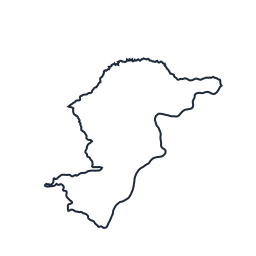 Morada Nova de Minas, Minas Gerais, Brazil, rotated 47°
{"feature_id": "56859067B74316667672394", "entity_name": "Morada Nova de Minas", "entity_type": "district", "adm_level": 2, "iso_a3": "BRA", "parent_name": "Brazil", "parent_adm1": "Minas Gerais", "projection": "natural_earth1", "projection_center": [-45.395, -18.563], "detail": "fine", "context": "isolated", "style": "outline", "palette": "slate", "viewbox_px": 256, "rotation_deg": 47, "n_neighbors": 0, "source": "geoboundaries", "source_scale": "gbopen_adm2", "svg_char_len": 5845}
<svg xmlns="http://www.w3.org/2000/svg" viewBox="0 0 256 256"><g transform="rotate(47 128 128)"><path d="M180.4,216.8L180.9,216.0L181.2,215.2L181.8,214.6L182.9,214.3L184.3,214.0L185.1,213.2L185.7,212.2L185.9,211.4L184.9,208.3L184.4,207.5L183.0,203.5L181.1,199.4L180.7,198.1L178.4,195.2L177.6,193.5L176.6,190.3L176.4,189.4L176.4,186.3L176.6,184.9L176.8,184.1L177.9,182.4L179.0,178.3L179.4,176.1L179.5,175.0L178.7,172.0L178.4,171.1L176.4,166.6L174.4,163.6L171.3,159.7L169.5,157.7L168.9,156.8L168.2,155.5L167.1,153.2L166.8,152.2L166.0,148.5L166.0,147.4L166.2,145.4L166.5,144.5L166.8,143.2L167.1,140.2L167.7,138.1L168.0,136.8L167.3,133.8L167.2,131.4L167.4,130.1L167.9,128.9L168.7,127.2L171.1,123.9L171.7,122.9L172.2,121.7L172.1,118.8L171.9,117.9L171.3,117.1L170.6,116.3L169.7,115.9L168.7,115.8L166.1,116.5L164.2,116.3L163.5,115.9L162.9,115.4L162.3,114.7L161.8,114.2L160.2,113.0L158.4,111.9L157.7,111.3L156.3,110.0L155.6,109.1L154.8,108.2L153.9,107.6L151.8,106.7L150.8,106.4L149.0,105.6L146.4,105.4L145.5,105.3L144.8,105.0L143.8,104.4L143.0,104.1L140.4,102.8L139.3,101.5L138.2,99.2L138.3,96.7L138.6,95.6L140.1,94.2L141.4,93.2L144.9,90.9L145.9,90.1L147.2,89.4L148.6,88.6L150.1,87.2L150.8,86.3L151.8,85.6L152.7,84.7L153.2,83.8L153.5,83.0L153.5,81.8L153.4,80.5L153.2,79.4L153.1,77.9L153.1,76.4L153.3,75.2L153.6,73.8L155.8,70.4L156.9,68.6L157.0,67.8L157.0,66.8L156.7,66.0L155.7,64.7L154.1,63.6L152.5,62.3L152.2,61.5L151.6,59.7L151.2,58.7L150.6,57.9L149.8,57.1L149.2,56.0L149.3,54.7L150.2,52.7L150.7,52.1L151.5,51.3L153.1,50.1L153.6,49.2L154.6,47.0L155.5,45.5L156.8,44.5L158.3,43.8L159.0,43.7L160.0,43.2L161.8,42.1L162.3,40.7L162.4,38.6L162.3,37.8L162.0,36.5L160.7,32.5L160.9,30.8L159.4,30.5L157.4,29.3L156.4,28.3L155.3,27.9L154.4,28.7L153.5,28.8L151.7,29.4L151.0,29.8L150.3,30.5L149.4,30.5L148.6,30.9L148.1,32.6L147.6,33.5L146.6,33.9L146.2,34.9L145.7,35.4L145.0,35.8L144.4,36.6L144.0,37.6L143.6,38.5L143.0,39.6L142.5,41.7L141.9,42.2L141.2,42.8L140.2,43.3L139.2,43.7L138.2,44.7L137.7,45.7L136.9,48.3L135.4,50.3L134.6,50.7L132.8,51.2L132.0,51.5L131.2,51.9L130.4,52.6L129.5,54.6L128.9,55.3L128.2,55.8L127.6,56.5L127.4,57.8L126.5,58.7L123.7,58.7L122.8,59.0L121.7,59.0L120.5,58.2L119.5,58.5L117.9,59.3L117.1,60.0L116.1,59.5L114.9,59.4L113.1,58.9L111.0,59.0L109.3,58.5L108.2,58.6L107.2,58.5L106.8,57.4L106.1,57.3L105.2,58.1L104.2,58.2L103.3,58.1L102.3,58.4L101.6,58.9L101.6,60.2L100.8,61.0L99.9,61.2L98.9,60.8L98.4,61.7L98.3,62.8L97.8,63.4L96.8,63.8L96.0,64.7L95.1,64.9L94.3,65.3L93.3,66.2L92.1,65.8L91.0,66.3L90.6,67.5L88.7,68.7L87.7,69.1L87.6,70.4L87.0,71.1L87.0,73.3L85.9,73.6L84.7,73.7L84.5,74.9L84.3,76.1L83.7,76.6L82.8,76.5L83.0,77.7L82.6,78.9L81.5,79.0L80.7,78.2L80.6,79.4L79.8,79.4L78.9,79.9L79.8,80.7L79.3,81.6L78.1,81.8L77.2,82.0L78.2,83.2L78.0,84.6L77.5,85.4L76.7,85.8L76.1,86.5L75.4,86.9L74.6,86.9L73.7,87.6L73.5,88.5L73.1,89.3L72.8,90.3L73.8,90.2L74.0,91.5L75.1,92.1L73.2,93.1L73.3,94.1L72.3,94.2L71.5,93.9L71.6,94.9L71.0,95.9L70.8,97.2L71.5,98.0L71.2,99.0L70.2,100.3L71.2,100.6L71.8,100.9L72.1,101.9L71.3,102.8L71.3,104.2L71.2,105.0L70.4,105.1L70.1,106.0L70.1,107.0L71.2,107.9L71.6,109.1L72.3,109.6L72.3,110.7L72.8,111.6L72.6,114.2L73.3,115.1L74.3,115.8L75.0,116.2L75.7,116.9L75.2,118.1L75.6,119.7L76.1,121.1L76.3,122.4L76.6,123.4L76.0,124.1L75.8,125.3L76.1,126.8L76.1,127.9L76.3,128.8L76.9,129.7L77.2,130.6L76.9,131.3L75.6,132.9L75.4,133.7L75.4,135.0L75.0,135.7L74.2,136.6L73.4,137.7L72.9,138.7L72.9,140.0L72.3,141.0L72.6,142.0L73.2,142.7L74.1,143.1L74.7,143.8L74.5,144.9L74.0,145.6L73.2,146.3L72.7,147.0L72.6,148.2L72.9,149.3L72.5,150.2L72.3,151.0L72.1,153.3L71.8,154.3L71.8,155.1L71.6,156.9L72.8,156.4L73.6,155.7L75.4,154.7L76.3,154.5L76.9,155.5L77.7,156.1L78.9,157.1L79.8,157.6L81.6,158.1L82.7,157.5L83.9,157.6L84.8,157.1L85.8,157.2L86.6,157.7L87.3,157.7L89.0,158.0L89.7,158.4L89.8,159.4L90.8,159.7L91.7,159.4L92.7,160.1L93.3,160.8L95.6,161.5L96.2,162.3L96.9,162.8L97.4,163.5L99.9,163.2L100.8,162.8L101.6,162.8L102.3,163.0L103.1,163.0L104.0,163.4L104.9,163.4L105.8,163.9L106.5,164.9L107.3,165.4L108.5,165.4L109.5,165.1L111.0,163.9L112.1,163.2L113.2,163.4L113.0,164.5L113.2,166.2L112.8,167.1L112.7,168.0L112.9,168.9L113.3,169.7L113.6,170.7L114.1,171.4L114.8,171.9L115.5,173.9L116.0,175.1L116.8,175.8L119.1,175.9L120.7,177.0L121.5,177.1L123.2,176.3L124.3,176.4L125.3,176.9L127.5,176.8L129.2,177.7L130.6,178.7L131.6,180.5L132.8,180.3L133.6,179.4L134.1,179.0L134.5,178.2L135.7,177.2L136.7,175.8L137.8,175.0L139.3,174.1L139.8,175.2L139.8,176.6L139.6,177.7L138.9,178.8L138.1,179.5L137.5,180.4L134.3,183.7L132.6,186.2L132.2,186.9L131.9,189.1L131.3,190.2L130.7,191.1L129.5,192.2L128.9,193.2L128.5,194.5L128.2,197.2L127.7,198.2L126.7,198.3L126.3,199.3L125.9,200.3L125.6,201.5L124.9,202.1L122.6,202.5L121.5,203.5L121.0,204.4L118.3,206.9L117.2,208.2L116.8,209.2L116.8,210.0L116.5,212.3L116.6,214.2L116.5,215.0L115.9,215.9L114.5,216.2L114.4,217.0L116.3,219.2L116.8,219.9L117.0,220.8L117.1,221.9L116.8,223.3L115.1,224.3L114.8,225.0L114.0,225.3L113.2,225.8L113.0,227.2L113.6,228.1L115.1,227.5L115.9,227.0L118.2,223.8L118.8,223.2L119.8,221.6L120.1,220.8L120.2,219.7L120.1,218.4L121.9,217.9L122.5,217.3L122.8,216.3L123.3,215.3L124.4,215.0L126.1,214.8L126.9,215.0L127.7,215.5L128.9,217.8L129.8,217.9L131.3,216.7L132.3,216.2L133.4,216.9L135.1,219.0L136.0,219.6L137.6,219.9L138.6,219.8L141.0,219.8L142.9,219.4L143.8,219.4L144.6,219.9L144.4,221.3L143.8,222.6L143.3,223.6L143.5,224.6L144.2,225.4L144.9,225.9L146.2,227.2L147.0,227.7L147.9,228.1L148.5,227.0L148.7,225.7L149.4,224.7L150.9,223.8L151.7,223.7L152.7,223.5L153.8,222.9L154.4,222.2L156.1,221.3L157.3,219.7L158.2,219.1L159.3,219.1L160.0,218.9L160.6,218.2L162.8,217.3L163.5,217.2L164.3,217.2L165.3,217.4L166.0,217.9L166.8,218.6L167.8,218.6L169.4,218.3L170.1,218.1L171.0,217.5L171.9,217.1L173.0,216.7L175.6,217.2L178.6,216.8L179.5,217.1L180.4,216.8Z" fill="none" stroke="#1e293b" stroke-width="2"/></g></svg>